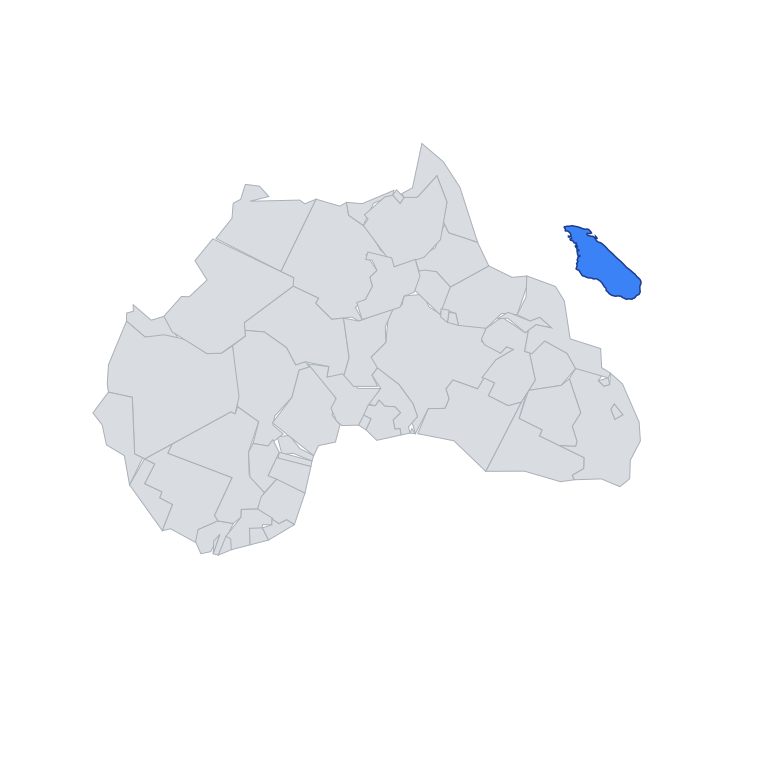 where Madagascar sits in Africa, rotated 296°
{"feature_id": "MDG", "entity_name": "Madagascar", "entity_type": "country or territory", "adm_level": 0, "iso_a3": "MDG", "parent_name": "Africa", "parent_adm1": "", "projection": "mercator", "projection_center": [46.989, -18.825], "detail": "fine", "context": "in_parent", "style": "filled", "palette": "blue", "viewbox_px": 768, "rotation_deg": 296, "n_neighbors": 49, "source": "natural_earth", "source_scale": "50m", "svg_char_len": 13401}
<svg xmlns="http://www.w3.org/2000/svg" viewBox="0 0 768 768"><g transform="rotate(296 384 384)"><path d="M500.3,401.1L536.1,426.4L536.0,452.4L543.7,465.0L538.3,469.0L504.7,473.3L499.1,458.8L478.8,451.4L471.2,439.0L469.3,425.2L478.9,417.5L476.6,402.4L500.3,401.1Z" fill="#d9dde1" stroke="#a8b0b8" stroke-width="1"/><path d="M211.7,201.6L211.7,213.1L189.5,212.7L189.7,231.8L183.4,232.4L183.0,246.8L155.0,249.1L181.8,199.5L211.7,201.6Z" fill="#d9dde1" stroke="#a8b0b8" stroke-width="1"/><path d="M469.3,425.2L478.8,451.4L465.2,452.7L462.8,475.2L471.2,477.8L471.8,485.3L454.6,473.9L420.7,470.3L417.8,444.2L406.7,441.9L399.4,449.0L388.9,449.6L381.2,434.6L353.1,434.0L362.7,425.2L369.4,428.4L379.0,418.7L390.1,397.6L396.2,366.2L402.5,360.6L422.4,367.4L444.3,359.1L456.0,359.2L463.2,365.6L471.9,363.5L481.8,379.8L473.0,390.7L469.3,425.2Z" fill="#d9dde1" stroke="#a8b0b8" stroke-width="1"/><path d="M552.3,406.1L548.2,375.8L556.0,366.0L575.2,360.8L594.3,340.3L566.5,332.2L558.9,322.7L562.9,316.5L572.8,323.6L616.8,312.6L609.8,339.8L594.0,366.1L552.3,406.1Z" fill="#d9dde1" stroke="#a8b0b8" stroke-width="1"/><path d="M536.1,426.4L500.3,401.1L507.9,381.8L500.9,365.9L509.7,357.4L528.8,370.3L554.1,368.1L548.2,375.8L552.3,406.1L536.1,426.4Z" fill="#d9dde1" stroke="#a8b0b8" stroke-width="1"/><path d="M437.0,338.8L431.8,335.8L429.5,333.8L430.1,326.0L419.2,308.7L426.6,287.1L432.4,287.6L432.1,256.4L439.9,256.4L439.9,241.9L520.3,241.9L524.5,266.3L530.8,270.7L520.2,278.1L516.3,302.0L502.7,322.3L500.7,335.6L492.4,311.1L483.0,327.9L473.8,324.6L466.8,330.8L451.8,330.3L440.4,324.7L432.4,336.1L437.0,338.8Z" fill="#d9dde1" stroke="#a8b0b8" stroke-width="1"/><path d="M432.1,259.4L432.4,287.6L426.6,287.1L419.2,308.7L425.5,318.7L392.3,341.1L374.1,344.3L365.1,329.7L375.4,326.7L369.5,303.6L362.3,296.3L373.9,280.5L378.3,253.6L371.2,235.5L378.0,231.5L432.1,259.4Z" fill="#d9dde1" stroke="#a8b0b8" stroke-width="1"/><path d="M381.3,596.9L384.5,593.1L395.7,600.5L405.4,596.0L405.4,568.0L412.1,583.5L416.9,582.7L428.5,571.7L444.4,573.4L470.0,548.2L481.9,549.4L486.9,565.0L486.3,576.0L480.9,575.2L478.5,582.8L482.5,587.0L493.0,582.8L488.7,598.2L461.7,629.9L445.2,639.4L423.5,638.8L406.5,646.4L395.1,641.0L394.0,621.0L381.3,596.9ZM466.9,599.8L460.8,599.0L453.5,607.0L461.0,612.2L466.9,599.8Z" fill="#d9dde1" stroke="#a8b0b8" stroke-width="1"/><path d="M466.9,599.8L461.0,612.2L453.5,607.0L460.8,599.0L466.9,599.8Z" fill="#d9dde1" stroke="#a8b0b8" stroke-width="1"/><path d="M481.9,549.4L460.4,543.8L441.7,516.8L453.8,518.3L475.7,501.1L493.1,509.6L491.8,535.2L481.9,549.4Z" fill="#d9dde1" stroke="#a8b0b8" stroke-width="1"/><path d="M470.0,548.2L444.4,573.4L428.5,571.7L416.9,582.7L412.1,583.5L405.4,568.0L405.4,546.4L412.0,546.2L412.2,520.5L441.7,516.8L460.4,543.8L470.0,548.2Z" fill="#d9dde1" stroke="#a8b0b8" stroke-width="1"/><path d="M405.4,546.4L405.4,596.0L395.7,600.5L384.5,593.1L381.3,596.9L373.6,585.5L367.2,548.4L350.1,513.7L440.5,515.7L412.2,520.5L412.0,546.2L405.4,546.4Z" fill="#d9dde1" stroke="#a8b0b8" stroke-width="1"/><path d="M157.3,301.7L151.2,293.8L161.4,281.7L171.8,280.7L188.1,294.6L192.6,309.7L157.6,310.1L156.5,304.8L176.8,302.4L157.3,301.7Z" fill="#d9dde1" stroke="#a8b0b8" stroke-width="1"/><path d="M192.6,309.7L188.1,294.6L191.5,289.2L233.1,288.4L226.9,220.0L237.2,219.9L291.9,258.6L292.0,263.2L299.5,262.5L295.2,287.9L263.4,292.1L243.4,302.6L234.0,324.1L216.2,325.2L208.7,310.7L201.7,313.9L192.6,309.7Z" fill="#d9dde1" stroke="#a8b0b8" stroke-width="1"/><path d="M155.0,249.1L183.0,246.8L183.4,232.4L189.7,231.8L189.5,212.7L211.7,213.1L211.7,201.6L237.2,219.9L226.9,220.0L233.1,288.4L191.5,289.2L188.1,294.6L171.8,280.7L159.0,283.9L160.3,255.7L155.0,249.1Z" fill="#d9dde1" stroke="#a8b0b8" stroke-width="1"/><path d="M288.8,352.2L283.2,353.0L281.9,332.6L275.8,323.4L289.9,311.2L296.3,321.6L289.0,336.9L288.8,352.2Z" fill="#d9dde1" stroke="#a8b0b8" stroke-width="1"/><path d="M371.2,235.5L378.3,253.6L373.9,280.5L362.3,296.3L369.5,303.6L366.6,309.5L359.2,301.7L331.6,307.1L307.4,299.8L298.4,302.2L295.0,315.2L277.5,306.9L273.1,292.4L295.2,287.9L299.5,262.5L351.9,231.1L366.4,238.3L371.2,235.5Z" fill="#d9dde1" stroke="#a8b0b8" stroke-width="1"/><path d="M288.8,352.2L300.2,300.7L331.6,307.1L359.2,301.7L369.3,312.2L350.1,347.3L333.1,351.0L328.2,362.3L310.5,365.8L299.9,352.1L288.8,352.2Z" fill="#d9dde1" stroke="#a8b0b8" stroke-width="1"/><path d="M368.8,306.9L375.4,326.7L365.1,329.7L375.1,342.4L368.7,362.6L378.6,383.0L335.9,379.2L328.1,364.2L329.9,357.5L339.1,346.9L350.1,347.3L368.8,306.9Z" fill="#d9dde1" stroke="#a8b0b8" stroke-width="1"/><path d="M276.7,319.7L283.2,353.0L277.8,354.5L270.2,321.7L276.7,319.7Z" fill="#d9dde1" stroke="#a8b0b8" stroke-width="1"/><path d="M270.7,319.6L277.8,354.5L251.2,360.8L250.7,320.0L270.7,319.6Z" fill="#d9dde1" stroke="#a8b0b8" stroke-width="1"/><path d="M216.2,325.2L228.5,323.0L251.4,329.1L251.2,360.8L218.3,365.1L219.3,356.0L212.3,350.8L216.2,325.2Z" fill="#d9dde1" stroke="#a8b0b8" stroke-width="1"/><path d="M177.8,308.7L201.7,313.9L208.7,310.7L216.2,325.2L214.5,342.5L208.2,345.0L204.5,336.6L199.4,337.9L195.3,326.3L180.8,334.2L168.1,319.4L177.8,308.7Z" fill="#d9dde1" stroke="#a8b0b8" stroke-width="1"/><path d="M157.6,310.1L177.8,308.7L177.5,314.1L168.1,319.4L157.6,310.1Z" fill="#d9dde1" stroke="#a8b0b8" stroke-width="1"/><path d="M213.4,342.5L212.3,350.8L219.3,356.0L218.3,365.1L193.1,348.6L201.3,337.6L208.2,345.0L213.4,342.5Z" fill="#d9dde1" stroke="#a8b0b8" stroke-width="1"/><path d="M180.8,334.2L195.3,326.3L201.3,337.6L193.1,348.6L180.8,334.2Z" fill="#d9dde1" stroke="#a8b0b8" stroke-width="1"/><path d="M234.0,324.1L241.6,304.3L263.4,292.1L273.1,292.4L277.5,306.9L285.3,308.5L276.7,319.7L250.7,320.0L251.4,329.1L234.0,324.1Z" fill="#d9dde1" stroke="#a8b0b8" stroke-width="1"/><path d="M456.0,359.2L435.9,360.1L422.4,367.4L402.5,360.6L395.6,371.0L386.6,369.4L379.1,379.3L368.5,357.7L374.1,344.3L392.3,341.1L425.5,318.7L429.5,333.8L456.0,359.2Z" fill="#d9dde1" stroke="#a8b0b8" stroke-width="1"/><path d="M395.6,371.0L390.1,397.6L379.0,418.7L369.4,428.4L356.1,424.8L351.3,428.9L345.7,421.7L350.9,417.9L348.3,413.5L355.8,407.9L365.4,411.5L368.3,403.7L364.4,394.4L367.3,386.6L360.6,385.8L359.2,379.3L378.6,383.0L386.6,369.4L395.6,371.0Z" fill="#d9dde1" stroke="#a8b0b8" stroke-width="1"/><path d="M347.0,379.4L358.3,379.0L360.6,385.8L367.3,386.6L364.4,394.4L368.3,403.7L365.4,411.5L355.8,407.9L348.3,413.5L350.9,417.9L345.7,421.7L330.2,402.2L334.9,387.9L347.0,387.5L347.0,379.4Z" fill="#d9dde1" stroke="#a8b0b8" stroke-width="1"/><path d="M335.9,379.2L347.0,379.4L347.0,387.5L334.9,387.9L335.9,379.2Z" fill="#d9dde1" stroke="#a8b0b8" stroke-width="1"/><path d="M478.8,451.4L495.7,460.6L492.0,488.5L495.6,490.3L475.0,496.1L475.7,501.1L453.8,518.3L427.8,515.3L418.9,505.1L419.2,482.8L433.3,482.9L432.6,469.2L454.6,473.9L471.8,485.3L471.2,477.8L462.8,475.2L463.3,457.1L467.1,451.9L478.8,451.4Z" fill="#d9dde1" stroke="#a8b0b8" stroke-width="1"/><path d="M492.5,457.5L502.8,463.9L504.7,487.6L512.3,494.8L507.9,510.2L504.0,494.8L492.0,488.5L497.4,466.4L492.5,457.5Z" fill="#d9dde1" stroke="#a8b0b8" stroke-width="1"/><path d="M504.7,473.3L524.4,473.6L543.7,465.0L546.8,495.3L537.8,509.6L506.2,531.5L510.8,563.2L494.2,572.4L493.0,582.8L487.8,582.8L481.9,549.4L491.8,535.2L493.1,509.6L476.1,503.7L475.0,496.1L495.6,490.3L504.0,494.8L507.9,510.2L512.3,494.8L504.7,487.6L504.7,473.3Z" fill="#d9dde1" stroke="#a8b0b8" stroke-width="1"/><path d="M487.8,582.8L482.5,587.0L478.5,582.8L480.9,575.2L487.8,582.8Z" fill="#d9dde1" stroke="#a8b0b8" stroke-width="1"/><path d="M351.3,428.9L356.1,428.6L353.1,434.0L351.3,428.9ZM354.1,436.1L381.2,434.6L388.9,449.6L399.4,449.0L406.7,441.9L417.8,444.2L420.7,470.3L433.3,471.3L433.3,482.9L419.2,482.8L418.9,505.1L427.8,515.3L350.1,513.7L363.6,471.7L354.1,436.1Z" fill="#d9dde1" stroke="#a8b0b8" stroke-width="1"/><path d="M477.0,411.1L478.9,417.5L469.3,425.2L467.2,414.0L477.0,411.1Z" fill="#d9dde1" stroke="#a8b0b8" stroke-width="1"/><path d="M156.5,304.8L168.4,299.8L176.8,302.4L156.5,304.8Z" fill="#d9dde1" stroke="#a8b0b8" stroke-width="1"/><path d="M334.8,179.1L321.5,148.7L327.6,125.0L335.0,121.6L339.5,126.9L345.3,123.8L339.3,146.8L348.4,156.5L334.8,179.1Z" fill="#d9dde1" stroke="#a8b0b8" stroke-width="1"/><path d="M211.7,201.6L211.8,190.5L261.7,163.6L255.9,139.9L262.4,135.4L280.5,127.9L327.6,125.0L321.5,148.7L331.9,164.9L337.0,186.0L333.7,211.5L340.4,224.3L351.9,231.1L309.0,259.3L292.0,263.2L291.9,258.6L211.7,201.6Z" fill="#d9dde1" stroke="#a8b0b8" stroke-width="1"/><path d="M517.4,296.0L520.2,278.1L530.8,270.7L536.6,285.4L562.4,308.0L557.5,309.1L541.7,295.3L517.4,296.0Z" fill="#d9dde1" stroke="#a8b0b8" stroke-width="1"/><path d="M181.8,199.5L205.8,182.0L207.6,161.2L223.7,148.6L230.4,135.0L255.9,139.9L261.7,163.6L211.8,190.5L211.9,199.5L181.8,199.5Z" fill="#d9dde1" stroke="#a8b0b8" stroke-width="1"/><path d="M520.3,241.9L439.9,241.9L441.1,169.1L466.4,174.7L480.4,169.2L487.1,174.2L502.7,171.9L507.2,185.4L502.0,198.3L489.5,183.4L512.4,227.7L511.2,233.8L520.3,241.9Z" fill="#d9dde1" stroke="#a8b0b8" stroke-width="1"/><path d="M439.4,166.5L439.9,256.4L432.1,259.4L378.0,231.5L366.4,238.3L340.4,224.3L333.7,211.5L338.0,170.7L348.4,156.5L373.9,163.6L377.0,170.7L399.9,179.4L411.9,160.0L439.4,166.5Z" fill="#d9dde1" stroke="#a8b0b8" stroke-width="1"/><path d="M594.3,340.3L575.2,360.8L538.6,371.5L515.5,364.5L493.8,341.8L517.4,296.0L525.3,297.4L527.4,292.2L552.4,302.7L557.5,309.1L553.4,319.4L560.4,320.2L566.5,332.2L594.3,340.3Z" fill="#d9dde1" stroke="#a8b0b8" stroke-width="1"/><path d="M557.5,309.1L564.0,310.1L560.4,320.2L553.4,319.4L557.5,309.1Z" fill="#d9dde1" stroke="#a8b0b8" stroke-width="1"/><path d="M500.3,401.1L471.0,403.8L482.2,369.1L500.9,365.9L504.2,370.6L507.9,381.8L500.3,401.1Z" fill="#d9dde1" stroke="#a8b0b8" stroke-width="1"/><path d="M476.6,402.4L478.9,410.2L467.2,414.0L469.0,405.7L476.6,402.4Z" fill="#d9dde1" stroke="#a8b0b8" stroke-width="1"/><path d="M479.5,370.9L471.9,363.5L460.1,364.8L432.4,336.1L445.3,323.8L451.8,330.3L466.8,330.8L473.8,324.6L483.0,327.9L490.1,319.2L487.9,313.0L495.5,311.6L500.7,335.6L493.8,341.8L509.7,357.4L496.8,369.0L479.5,370.9Z" fill="#d9dde1" stroke="#a8b0b8" stroke-width="1"/><path d="M606.2,479.6L606.5,480.3L606.8,481.0L608.0,482.7L608.5,483.4L608.9,484.0L609.1,485.4L609.8,487.6L610.5,490.8L610.7,494.1L610.9,495.6L611.4,497.1L612.3,498.6L612.6,500.2L612.0,501.9L611.3,503.5L611.1,503.8L610.7,504.3L610.6,504.2L609.9,503.8L609.4,503.1L608.8,501.5L608.6,500.7L608.3,500.6L607.6,500.7L607.0,501.2L606.9,501.5L607.0,502.4L607.2,503.2L607.3,504.0L607.4,505.1L607.6,505.4L607.8,505.7L608.2,506.3L608.2,508.0L608.0,508.8L607.5,509.5L607.5,509.9L607.7,510.3L607.5,510.5L606.8,510.8L606.6,511.1L606.2,511.8L605.6,513.3L605.5,514.1L605.9,516.4L605.8,518.0L605.0,521.1L604.5,522.6L603.9,524.4L602.9,526.7L602.0,529.7L601.2,532.7L600.5,534.5L599.9,536.3L598.9,539.5L598.1,542.8L596.9,546.4L595.3,550.4L595.1,551.0L594.8,553.0L594.4,554.8L594.0,556.6L593.1,559.6L593.0,560.5L592.8,561.3L591.9,563.2L591.5,563.9L591.2,564.6L591.1,565.6L590.8,566.5L590.2,568.1L589.2,569.6L588.6,570.1L587.1,570.8L586.4,571.0L584.8,571.0L583.3,571.4L581.7,572.3L580.1,573.2L579.5,573.7L578.9,573.9L576.8,574.0L576.2,573.8L574.2,572.2L573.4,572.0L571.9,571.7L571.4,571.6L571.0,571.4L570.4,570.6L569.2,569.9L568.9,569.7L568.7,569.2L568.6,568.7L568.3,568.1L568.0,567.0L567.6,566.3L566.5,564.9L566.4,564.5L566.3,563.1L566.4,562.1L566.3,560.4L566.4,559.5L566.8,558.8L566.6,558.0L566.2,557.1L566.0,556.3L565.7,555.5L564.6,554.0L564.3,553.3L564.1,552.6L563.7,550.4L563.6,549.6L563.7,547.9L563.8,547.1L564.1,546.5L564.2,546.0L564.4,545.6L564.7,545.3L564.8,545.0L565.3,542.9L565.8,542.4L566.6,542.1L567.3,541.6L567.7,540.8L568.0,539.3L569.1,537.8L569.4,537.0L570.3,535.8L571.0,534.1L571.2,533.3L571.4,532.5L571.6,530.7L571.7,529.8L571.7,528.9L571.3,528.0L570.3,526.4L570.2,526.1L570.3,524.9L570.2,524.0L569.9,523.1L569.4,522.3L568.9,520.8L568.7,518.2L568.7,517.3L568.6,516.5L568.3,515.7L568.5,514.4L571.5,509.5L571.6,508.9L571.5,507.4L571.5,506.6L571.6,506.3L571.9,506.1L572.4,506.0L574.8,505.8L575.1,505.6L575.7,505.2L576.6,504.4L576.9,504.2L577.3,504.3L577.5,504.6L577.7,504.8L578.7,504.4L579.1,504.4L579.5,504.5L579.7,504.2L579.8,503.7L579.9,503.4L580.2,503.2L581.4,503.1L582.2,503.0L583.3,502.7L583.5,502.8L584.3,503.9L584.6,504.0L584.9,504.0L585.2,503.8L584.5,503.2L584.4,502.9L584.4,502.5L584.8,501.7L585.4,501.1L586.8,500.2L588.2,499.1L588.6,499.0L588.9,499.2L589.2,500.5L589.4,500.7L589.6,500.6L589.9,500.0L589.9,499.6L589.7,499.2L589.6,498.9L589.6,498.6L590.3,497.8L590.9,497.1L591.1,496.3L591.4,495.9L591.9,495.4L592.1,495.5L592.3,495.9L592.3,496.2L592.2,496.6L592.0,497.0L591.9,497.5L592.2,497.6L592.5,497.5L593.0,496.6L593.5,495.7L593.8,495.3L594.2,495.0L594.9,495.0L595.5,495.2L594.5,494.3L594.2,493.1L595.4,491.0L595.5,490.5L595.6,490.4L595.7,490.2L595.1,489.5L595.0,489.2L595.0,488.6L595.3,488.2L595.6,487.8L596.0,487.7L596.3,487.9L597.0,488.5L597.5,488.6L598.0,488.0L598.5,487.3L599.2,486.8L600.0,486.5L601.1,485.4L601.9,483.1L602.0,482.4L601.8,481.6L601.5,480.8L601.1,479.9L601.2,479.7L601.8,479.8L602.1,479.6L602.8,478.8L603.9,477.2L604.3,477.2L604.6,477.5L604.8,477.9L605.0,478.2L605.8,479.0L606.2,479.6ZM598.1,486.1L598.1,486.3L597.2,486.2L597.0,485.4L597.5,485.3L597.6,485.0L597.8,484.9L598.1,485.7L598.1,486.1ZM608.9,510.9L608.1,512.2L608.3,511.1L609.2,509.6L609.5,509.4L608.9,510.9Z" fill="#3b82f6" stroke="#1e3a8a" stroke-width="1.5"/></g></svg>